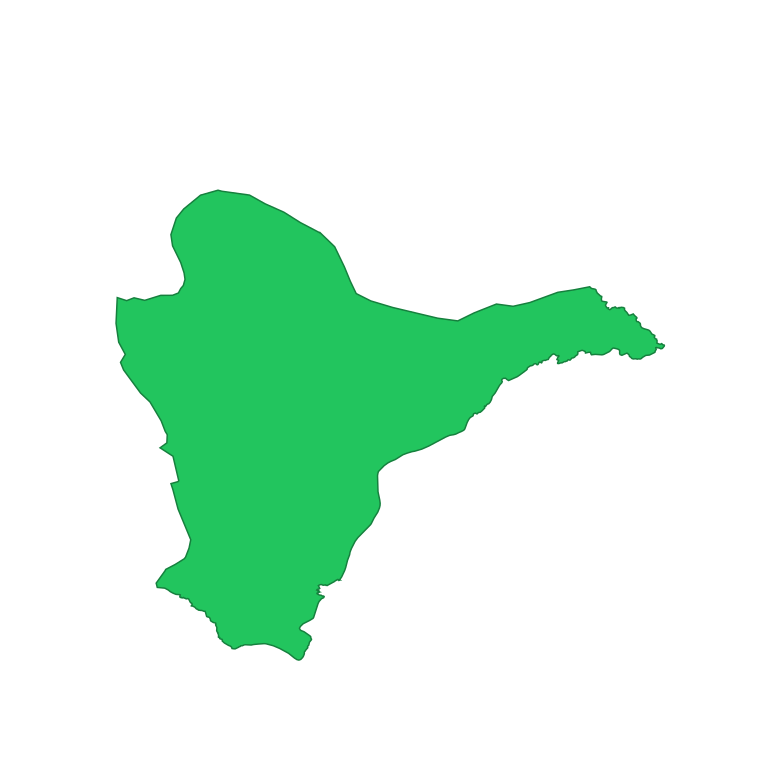 Barito Utara, Kalimantan Tengah, Indonesia (Natural Earth projection), rotated 72°
{"feature_id": "22746128B89680104320053", "entity_name": "Barito Utara", "entity_type": "district", "adm_level": 2, "iso_a3": "IDN", "parent_name": "Indonesia", "parent_adm1": "Kalimantan Tengah", "projection": "natural_earth1", "projection_center": [115.596, -0.74], "detail": "fine", "context": "isolated", "style": "filled", "palette": "green", "viewbox_px": 768, "rotation_deg": 72, "n_neighbors": 0, "source": "geoboundaries", "source_scale": "gbopen_adm2", "svg_char_len": 6158}
<svg xmlns="http://www.w3.org/2000/svg" viewBox="0 0 768 768"><g transform="rotate(72 384 384)"><path d="M507.4,662.5L510.4,655.6L513.3,652.8L515.5,651.4L517.8,649.2L519.8,646.8L521.1,643.7L521.6,642.9L522.9,643.8L523.6,643.9L523.8,643.5L524.2,643.4L524.2,642.8L525.1,642.2L525.1,640.6L525.8,640.3L526.2,639.5L527.1,638.7L527.4,638.0L527.4,637.0L528.1,636.2L531.6,635.7L532.9,635.0L533.0,634.7L533.9,634.5L534.6,634.7L535.2,635.7L535.6,635.8L535.8,634.7L536.4,634.4L537.6,633.0L540.0,631.9L540.7,630.8L541.6,630.5L542.9,627.9L543.0,627.3L544.4,625.6L545.0,624.3L550.3,624.5L551.2,623.5L551.4,622.9L552.4,622.1L553.9,621.8L554.9,622.1L555.9,621.9L558.1,620.0L559.3,618.0L560.6,618.1L561.0,618.6L564.0,618.2L567.0,619.4L568.9,619.1L569.2,618.8L569.7,619.1L570.2,618.9L573.1,619.2L573.4,619.7L573.8,619.5L574.3,618.7L574.7,618.6L575.1,618.9L575.8,618.6L576.8,616.9L577.5,616.8L578.3,617.3L580.9,615.9L584.5,612.7L586.0,610.9L587.3,610.3L588.6,610.3L589.4,608.8L589.9,607.3L589.4,603.5L589.1,603.0L589.2,601.9L588.7,601.2L589.1,599.9L589.1,598.9L588.9,597.7L589.1,596.5L591.2,591.0L591.5,588.3L592.4,584.2L593.9,578.2L594.6,576.5L598.7,570.2L603.2,565.0L610.6,558.0L616.9,553.9L619.2,552.0L620.2,550.4L620.3,549.6L620.2,548.2L618.9,545.8L617.7,544.5L615.9,543.1L614.8,542.8L614.0,542.3L613.6,541.4L612.7,540.4L611.3,538.0L610.5,538.0L610.1,537.8L609.4,536.9L609.2,536.3L606.5,534.7L604.9,532.2L604.3,531.8L603.4,532.1L601.6,531.8L600.6,532.3L595.8,535.9L594.8,536.7L592.8,539.1L591.8,539.7L590.2,539.9L589.6,539.4L588.5,538.0L587.0,534.9L585.9,527.8L585.0,524.0L584.3,523.1L572.5,514.6L570.8,513.0L568.9,509.8L568.6,507.5L568.2,507.0L567.7,506.6L567.2,506.8L566.8,507.4L566.8,507.9L565.3,509.2L565.0,510.4L563.4,512.0L563.1,511.8L562.7,512.4L562.3,512.4L562.2,512.1L562.1,510.6L561.8,510.7L561.9,509.6L561.4,510.2L561.1,509.7L560.8,509.7L560.4,510.6L560.1,510.4L559.2,511.6L558.7,510.9L558.9,509.1L558.6,508.3L555.4,508.7L555.1,506.8L555.5,505.1L556.0,504.8L556.5,504.1L556.8,503.2L556.8,501.9L557.6,501.4L557.6,500.9L558.1,500.4L556.5,491.9L556.0,491.0L556.0,490.1L555.7,489.8L555.9,488.9L555.6,488.3L556.2,487.6L556.4,487.8L556.9,487.7L556.9,487.4L556.4,487.4L556.7,486.5L556.3,486.8L556.2,486.3L554.4,483.9L549.3,479.1L546.8,477.2L540.3,473.1L535.8,469.5L533.5,468.3L532.1,467.2L530.3,465.7L524.7,460.1L522.0,456.3L513.7,440.4L512.9,439.3L508.4,434.9L504.0,429.6L500.6,426.7L498.3,425.3L496.2,424.5L492.9,423.9L484.6,423.0L469.2,418.5L467.4,417.6L465.7,416.5L465.1,415.6L461.7,409.1L460.3,404.9L459.7,401.5L459.3,396.5L457.1,387.8L456.9,383.2L457.0,378.3L457.4,375.4L457.6,368.2L456.8,360.4L453.5,341.9L453.1,337.3L453.7,333.6L453.8,331.1L453.3,327.7L453.1,325.1L452.6,322.4L451.8,321.1L446.3,316.8L444.0,314.5L442.5,312.3L441.8,309.2L440.0,308.0L439.9,306.2L441.2,304.8L440.4,303.1L440.4,302.5L440.6,301.2L439.8,299.1L438.0,295.7L437.7,295.5L436.8,295.6L436.1,295.2L436.6,294.2L435.4,292.6L435.0,291.5L435.2,290.6L434.0,288.6L432.0,286.6L429.3,284.9L426.9,281.1L421.4,275.0L420.4,273.7L419.3,271.7L418.3,270.8L417.0,270.9L416.1,270.6L415.5,268.8L416.1,266.6L417.7,265.7L419.2,264.4L418.2,254.9L417.5,252.5L414.7,244.2L414.2,243.3L413.3,242.9L412.7,241.9L412.4,241.0L412.3,240.0L411.8,239.2L412.2,238.1L412.2,237.5L412.0,236.3L411.4,235.3L411.3,234.0L411.9,233.1L413.0,232.5L413.1,231.8L412.7,231.1L411.3,229.8L411.2,229.4L411.8,228.3L412.5,227.9L412.6,227.6L412.4,227.2L411.2,226.7L411.0,226.1L411.0,224.2L411.5,223.0L411.2,221.9L411.4,220.2L409.7,218.5L409.2,217.0L408.4,216.1L407.7,213.7L408.5,212.4L410.3,211.3L410.8,210.5L410.9,209.2L411.1,209.0L411.5,209.0L412.9,210.9L414.2,212.0L415.5,210.6L417.6,212.4L418.1,212.5L418.6,211.4L418.5,208.9L418.9,208.4L418.9,207.8L418.4,205.8L418.8,204.4L418.6,203.6L418.7,202.7L417.8,201.3L418.7,199.9L418.7,199.4L417.5,197.5L417.4,197.0L417.6,195.8L417.3,194.3L416.6,193.4L415.9,190.9L415.1,190.3L413.3,189.8L413.1,185.9L413.4,184.7L415.0,182.9L415.5,182.6L416.8,182.8L417.1,179.6L417.5,178.1L417.7,177.8L418.9,178.0L420.3,177.7L421.1,173.9L423.6,167.7L423.8,166.0L422.8,159.4L420.7,155.6L420.8,154.4L422.9,151.0L424.3,149.7L425.1,149.6L427.9,150.5L429.0,150.4L430.2,148.9L429.7,143.7L430.0,143.1L432.1,141.9L433.7,142.0L434.7,141.1L436.3,140.4L437.2,139.2L437.6,137.4L437.9,136.4L438.6,135.6L438.7,134.3L439.4,132.7L439.3,131.4L438.6,130.0L437.7,126.2L438.5,122.5L437.6,116.6L436.4,115.8L435.3,114.5L433.4,114.3L433.5,113.4L434.1,112.7L434.8,111.1L436.1,109.8L436.2,108.3L434.7,105.9L434.2,105.5L433.5,105.5L432.9,106.7L431.4,107.4L431.6,109.2L429.5,111.8L427.2,110.9L426.8,110.9L426.5,111.2L425.6,110.9L424.7,112.0L423.1,112.5L422.6,112.3L422.1,111.6L421.5,111.5L419.2,113.8L415.9,114.7L414.9,115.3L414.0,116.3L411.8,119.6L410.3,121.3L408.9,121.9L407.1,122.0L406.4,121.6L405.3,121.7L403.3,123.0L402.8,124.2L401.8,124.5L400.0,124.2L399.6,123.2L398.9,123.0L396.4,124.5L394.4,125.3L394.6,128.2L394.3,130.0L391.0,130.9L388.6,132.1L387.8,132.3L386.2,131.8L385.2,132.8L384.3,134.8L384.5,136.8L383.9,136.9L384.1,137.8L383.9,138.8L383.4,139.6L382.3,140.1L382.1,140.4L382.3,141.9L382.0,142.9L382.0,143.4L383.0,145.6L383.1,146.3L381.9,147.5L380.9,147.0L380.6,148.3L379.0,148.9L377.4,149.0L375.3,146.7L374.9,146.8L372.7,151.0L371.7,151.3L370.1,150.9L368.5,150.0L368.0,149.9L367.2,150.9L363.3,153.1L361.0,153.4L359.9,153.3L359.0,154.0L357.5,156.7L357.0,157.3L355.1,158.3L353.1,174.6L350.5,190.4L351.6,220.2L350.0,237.2L342.7,252.4L344.2,276.1L346.8,294.3L338.0,312.6L313.9,352.1L300.9,370.9L289.4,382.5L275.8,384.3L260.2,385.5L238.2,388.5L220.2,398.1L220.4,398.3L204.6,413.7L189.7,426.1L175.8,441.5L162.8,453.5L150.6,478.6L148.4,482.0L147.7,500.1L155.6,520.3L162.0,530.2L176.1,540.5L187.3,542.4L205.6,539.8L216.5,539.8L223.0,540.9L228.3,544.4L230.4,547.8L233.9,551.4L234.3,557.7L230.7,569.0L230.5,585.7L224.8,595.1L225.2,603.0L219.4,611.0L243.5,620.1L262.3,623.4L275.9,620.9L282.0,627.9L290.2,627.3L317.4,618.3L328.8,612.1L350.1,607.3L361.4,606.7L365.2,605.8L372.9,608.7L375.5,616.7L387.5,607.0L412.6,609.1L413.2,610.1L412.9,617.4L419.3,617.4L439.4,618.5L472.4,615.9L479.8,620.1L487.3,626.2L488.5,628.0L491.1,638.4L492.9,648.9L494.0,650.0L503.0,662.2L507.4,662.5Z" fill="#22c55e" stroke="#15803d" stroke-width="1.5"/></g></svg>